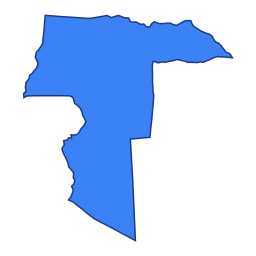 outline of Criciúma, Santa Catarina, Brazil
{"feature_id": "56859067B24014053449372", "entity_name": "Criciúma", "entity_type": "district", "adm_level": 2, "iso_a3": "BRA", "parent_name": "Brazil", "parent_adm1": "Santa Catarina", "projection": "orthographic", "projection_center": [-49.374, -28.744], "detail": "fine", "context": "isolated", "style": "filled", "palette": "blue", "viewbox_px": 256, "rotation_deg": 0, "n_neighbors": 0, "source": "geoboundaries", "source_scale": "gbopen_adm2", "svg_char_len": 1957}
<svg xmlns="http://www.w3.org/2000/svg" viewBox="0 0 256 256"><path d="M135.4,240.6L133.2,190.6L132.9,184.9L132.7,179.7L132.4,175.1L132.1,169.7L131.2,153.9L130.4,139.1L149.9,137.3L150.7,129.1L151.8,118.8L152.6,110.1L153.1,104.7L153.5,99.6L153.7,95.0L152.9,91.3L152.9,86.8L152.6,82.8L152.5,79.8L152.6,73.6L152.4,69.6L152.3,66.4L152.8,61.5L155.3,61.7L158.2,62.9L161.8,61.9L165.1,62.2L168.6,61.5L172.8,60.7L176.8,59.5L181.1,60.4L184.7,61.1L187.9,62.3L192.6,62.3L197.0,62.6L200.4,61.8L203.1,62.3L209.7,59.6L213.3,57.9L217.3,56.6L221.5,56.9L224.1,56.9L232.4,57.8L229.9,53.8L225.9,52.2L224.2,49.7L221.5,46.2L218.8,43.3L215.6,42.0L213.6,39.3L212.3,36.4L209.9,34.4L205.0,32.8L200.5,30.7L197.0,28.4L194.1,26.7L192.3,24.4L190.8,20.7L186.0,20.6L182.3,22.1L179.4,23.9L176.6,25.4L173.1,24.6L170.7,23.1L166.3,23.2L162.3,23.7L158.8,23.5L154.2,21.8L151.4,24.0L150.0,26.7L146.3,26.9L143.7,24.0L140.4,24.3L136.2,22.1L133.1,22.1L130.4,21.7L128.8,18.1L124.1,17.6L121.1,16.5L118.4,15.4L115.4,16.3L111.4,17.6L107.2,15.5L93.5,17.9L89.6,18.4L86.2,18.3L79.5,17.8L72.2,17.3L68.0,17.0L62.0,16.7L53.7,16.0L50.2,15.7L45.2,15.4L43.8,32.9L43.0,38.3L42.8,43.1L40.8,46.8L38.7,49.5L36.3,52.6L35.3,57.2L36.6,60.0L38.1,63.7L36.2,68.5L34.1,70.7L32.5,73.1L29.7,75.3L28.8,79.0L26.1,82.2L25.4,87.6L26.2,91.3L23.6,93.5L23.9,97.6L27.1,95.9L30.6,95.9L34.5,95.7L37.4,95.7L40.1,95.7L43.2,95.7L52.5,95.7L57.3,95.7L60.8,95.7L69.9,95.9L73.0,97.5L74.5,103.1L77.7,105.6L80.1,108.1L82.0,112.1L82.9,115.8L84.6,118.5L85.9,121.7L83.7,125.8L80.8,129.1L78.9,132.7L76.7,134.6L73.7,135.1L71.0,134.8L71.6,138.2L68.8,137.8L66.9,140.1L63.7,140.7L64.3,144.8L62.0,148.3L62.6,151.4L64.3,155.2L66.2,158.6L68.0,163.2L68.8,167.0L71.3,169.8L73.6,172.9L73.3,177.7L74.9,180.3L73.8,184.1L71.6,186.1L73.3,190.4L72.1,193.7L70.9,196.8L68.5,200.0L73.3,202.1L76.2,204.5L84.6,211.1L86.7,212.9L88.8,214.6L94.4,218.8L97.2,220.3L100.9,222.3L105.2,224.4L131.9,238.7L135.4,240.6Z" fill="#3b82f6" stroke="#1e3a8a" stroke-width="1.5"/></svg>